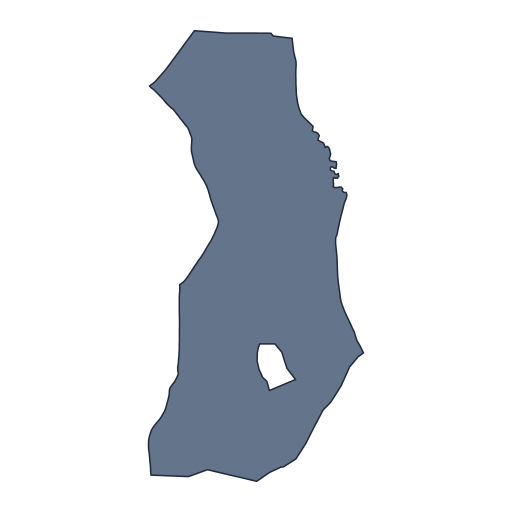 the district of Al Bayda, Al Bayda', Yemen
{"feature_id": "15242507B85556873908580", "entity_name": "Al Bayda", "entity_type": "district", "adm_level": 2, "iso_a3": "YEM", "parent_name": "Yemen", "parent_adm1": "Al Bayda'", "projection": "robinson", "projection_center": [45.56, 14.065], "detail": "fine", "context": "isolated", "style": "filled", "palette": "slate", "viewbox_px": 512, "rotation_deg": 0, "n_neighbors": 0, "source": "geoboundaries", "source_scale": "gbopen_adm2", "svg_char_len": 5877}
<svg xmlns="http://www.w3.org/2000/svg" viewBox="0 0 512 512"><path d="M256.7,481.3L269.6,472.4L272.8,470.9L276.1,469.4L280.3,467.4L280.6,467.2L283.6,466.8L295.9,458.9L305.6,443.8L307.8,439.5L311.6,432.0L314.1,427.1L315.4,424.5L315.6,424.2L317.1,421.5L319.9,416.0L323.1,410.0L324.7,408.3L326.9,406.2L330.8,402.1L332.7,399.1L337.3,391.9L341.2,385.6L344.2,379.0L344.9,377.4L349.6,366.9L353.7,362.1L358.2,356.7L360.8,354.9L363.5,352.9L362.5,351.0L361.5,348.8L360.3,346.4L359.2,344.4L358.1,342.5L357.2,341.0L357.0,340.6L356.2,338.4L356.0,337.8L355.5,336.2L354.8,333.9L354.5,332.8L354.5,332.6L354.2,331.8L353.1,329.6L351.9,327.1L350.9,324.8L349.9,322.7L348.8,320.3L347.7,318.1L346.8,316.1L345.7,313.8L345.5,313.3L344.7,311.6L343.7,309.0L343.5,308.3L342.8,306.7L341.9,304.3L341.1,301.7L340.6,299.5L340.3,297.2L340.0,294.8L339.7,292.7L339.7,292.3L339.6,291.9L339.3,290.0L339.3,289.7L339.2,289.2L338.9,286.8L338.6,284.6L338.3,282.3L338.1,280.4L338.0,279.5L337.7,276.8L337.7,275.9L337.6,274.5L337.5,272.0L337.4,269.6L337.4,267.2L337.2,264.5L337.2,262.2L337.1,259.8L337.0,258.3L337.0,257.5L336.8,255.6L336.7,255.0L336.5,252.3L336.2,249.7L336.0,247.5L335.8,245.3L335.5,242.2L335.6,241.8L335.6,239.8L335.8,237.4L336.8,235.2L337.3,233.2L337.8,230.5L338.2,228.3L338.7,226.4L338.7,226.1L338.8,226.0L338.8,225.9L338.9,225.5L339.1,224.3L339.1,224.0L339.3,223.4L339.9,220.6L340.5,218.2L340.9,216.2L342.3,211.1L343.4,206.8L344.2,203.6L344.8,201.7L345.8,199.4L346.6,197.0L346.6,196.5L346.9,194.6L346.0,192.4L345.0,192.4L344.0,192.4L343.3,191.9L342.3,191.0L342.7,188.7L341.7,187.7L341.2,187.1L339.4,187.0L338.2,187.4L337.1,187.5L335.8,187.6L335.0,187.6L333.2,186.7L333.5,184.7L333.5,184.3L333.5,184.2L333.6,183.9L333.4,183.0L333.4,182.3L333.1,179.9L333.5,177.7L334.4,177.9L334.7,178.0L334.9,178.0L335.4,178.2L337.5,178.2L338.1,177.1L338.8,176.4L338.4,174.6L338.3,173.6L338.2,173.6L336.4,174.5L335.7,174.2L334.8,173.6L334.1,171.7L334.1,171.4L332.1,170.9L330.3,169.8L330.3,169.7L330.4,167.4L332.2,166.7L333.3,167.5L333.8,168.0L335.9,168.4L335.9,168.1L336.1,168.1L336.2,166.7L336.3,166.2L336.6,164.0L336.5,163.5L336.2,161.7L332.1,161.2L331.6,161.2L331.1,161.0L330.2,160.7L329.3,158.5L329.5,158.0L330.1,156.1L330.7,154.1L329.5,149.3L328.6,147.4L327.1,146.4L325.1,147.4L324.9,146.1L323.5,143.1L322.4,142.4L318.1,140.3L318.0,139.7L318.4,137.9L319.3,135.7L317.9,133.4L315.5,132.0L314.5,132.2L312.3,130.9L312.4,130.4L312.7,128.8L312.7,128.7L313.0,126.8L313.1,126.6L313.1,126.4L312.7,126.0L304.7,118.2L301.2,114.2L299.1,108.5L297.6,103.0L297.5,102.8L297.7,102.7L297.3,100.8L297.2,99.7L297.1,99.4L296.9,98.0L296.5,95.3L296.3,92.7L296.2,90.1L296.1,87.2L295.9,84.2L295.9,81.6L295.9,79.3L295.8,76.9L295.8,74.3L295.8,74.0L295.8,72.1L295.9,69.0L296.1,66.2L296.1,65.3L296.1,63.6L296.0,61.3L295.5,59.1L294.8,56.7L294.3,54.5L293.7,52.2L293.4,49.2L293.0,46.5L292.7,43.8L292.7,43.2L292.4,41.2L292.2,38.3L273.1,36.0L270.9,33.2L255.0,33.1L225.9,33.1L221.3,32.7L194.4,30.7L194.2,31.0L181.7,47.9L177.4,53.8L171.2,62.2L165.8,69.5L155.3,81.5L149.6,86.0L149.9,86.3L151.3,87.9L153.0,89.1L154.6,90.5L156.5,92.4L158.2,94.2L159.8,95.8L161.4,97.3L162.6,98.7L163.3,99.4L164.7,101.3L166.1,102.9L166.4,103.2L167.6,104.5L169.2,106.0L171.0,107.7L173.0,109.2L174.6,111.1L174.8,111.3L176.0,112.9L177.3,114.6L178.1,115.5L179.0,116.7L180.2,118.5L181.2,119.7L181.7,120.3L183.3,122.2L184.3,123.5L184.8,124.2L186.1,125.8L187.6,127.5L188.7,129.7L189.5,132.1L190.5,134.5L191.2,136.1L191.3,136.6L191.8,138.3L191.8,138.7L191.8,139.2L191.8,140.6L191.8,140.9L191.7,143.1L191.6,143.3L191.5,145.5L191.4,147.3L191.4,148.2L191.4,150.7L191.8,153.0L192.3,155.2L192.9,157.7L193.5,160.5L193.8,162.1L194.0,162.8L194.7,164.9L195.8,167.6L197.0,169.7L198.5,172.0L200.2,174.6L201.5,176.9L202.9,179.1L204.1,181.0L205.2,183.2L206.5,185.8L207.5,188.3L208.3,190.5L209.0,193.0L209.7,195.5L210.4,198.0L211.2,200.7L212.1,203.2L212.8,205.2L212.8,205.4L213.3,206.5L213.5,207.1L213.7,207.6L214.5,209.9L215.4,212.4L216.2,214.7L217.2,217.1L218.0,219.2L218.5,221.5L218.2,223.7L217.5,226.3L216.3,229.3L215.1,231.9L214.3,234.1L213.2,236.0L212.3,238.2L211.6,239.5L211.4,239.9L211.2,240.2L210.4,241.7L210.0,242.2L208.8,244.2L207.3,246.6L206.2,248.5L205.1,250.5L203.9,252.6L203.6,253.1L202.3,255.0L201.1,257.0L199.3,259.4L198.0,261.1L196.6,263.3L195.3,265.2L193.8,267.4L193.1,268.5L192.5,269.5L191.2,271.5L190.8,272.0L190.2,273.0L190.0,273.3L188.6,275.3L187.4,277.2L185.8,279.3L184.2,281.2L182.5,282.7L180.4,284.2L179.7,284.6L179.7,286.2L179.8,288.5L179.8,290.8L179.5,293.1L179.4,294.9L179.4,295.9L179.3,297.5L179.3,298.8L179.3,301.3L179.3,304.1L179.3,307.0L179.3,309.4L179.3,311.8L179.4,314.2L179.4,316.6L179.5,319.3L179.5,321.7L179.5,324.2L179.5,326.9L179.4,329.4L179.4,331.8L179.4,334.6L179.4,336.8L179.4,339.0L179.4,341.2L179.3,343.5L179.3,345.9L179.3,348.2L179.2,350.9L179.0,353.1L179.0,355.3L178.9,356.3L178.7,357.8L178.5,360.2L178.4,362.4L178.1,364.9L178.0,365.0L177.7,367.2L177.7,369.5L178.0,371.9L178.3,373.9L177.5,376.0L176.5,378.1L175.8,379.4L175.5,380.0L174.4,382.0L172.8,384.0L171.3,386.0L170.4,387.4L170.0,387.9L169.4,390.0L169.3,392.3L169.2,393.8L169.2,394.5L168.7,396.9L168.1,399.5L167.4,401.9L167.0,403.3L166.8,404.0L166.6,405.1L166.2,406.6L165.5,408.7L164.6,411.0L163.4,413.2L162.2,415.3L161.1,417.1L160.4,418.2L159.8,419.0L158.4,420.8L157.8,421.5L157.0,422.4L155.6,424.0L154.9,424.8L154.1,426.0L152.6,428.1L151.4,430.3L150.6,432.5L149.9,434.7L149.2,437.1L149.1,437.8L149.0,438.4L148.7,439.6L148.5,442.0L148.5,444.3L148.5,447.0L148.7,449.8L149.1,452.4L149.3,454.6L149.6,457.4L149.8,459.7L149.9,461.9L150.3,464.3L150.4,466.6L150.6,468.8L150.6,471.5L150.9,473.7L151.0,475.1L188.4,476.6L207.5,469.7L220.9,472.9L256.7,481.3ZM274.9,343.9L281.8,352.1L284.3,360.2L287.0,368.4L295.5,379.5L269.4,390.5L266.9,381.4L262.7,377.4L258.9,369.0L257.3,361.8L257.1,361.0L257.3,352.6L258.4,347.4L259.7,343.9L274.9,343.9Z" fill="#64748b" stroke="#1e293b" stroke-width="1.5"/></svg>